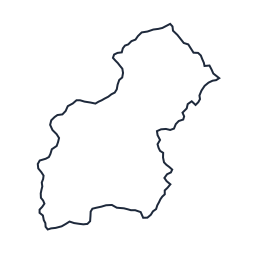 Tocantins, Minas Gerais, Brazil (orthographic projection), rotated 274°
{"feature_id": "56859067B54731939628864", "entity_name": "Tocantins", "entity_type": "district", "adm_level": 2, "iso_a3": "BRA", "parent_name": "Brazil", "parent_adm1": "Minas Gerais", "projection": "orthographic", "projection_center": [-43.027, -21.182], "detail": "fine", "context": "isolated", "style": "outline", "palette": "slate", "viewbox_px": 256, "rotation_deg": 274, "n_neighbors": 0, "source": "geoboundaries", "source_scale": "gbopen_adm2", "svg_char_len": 2042}
<svg xmlns="http://www.w3.org/2000/svg" viewBox="0 0 256 256"><g transform="rotate(274 128 128)"><path d="M21.2,55.0L22.5,58.3L23.3,62.8L25.3,68.7L28.0,72.7L30.6,76.2L29.4,80.9L29.0,86.2L28.8,90.2L29.5,94.2L32.4,96.7L37.5,96.7L42.0,96.6L45.0,98.1L46.2,101.8L47.7,107.0L49.4,111.5L50.1,117.3L47.7,122.4L47.6,129.5L46.9,133.4L46.2,136.7L46.5,140.9L45.0,146.5L39.5,149.4L39.9,153.6L43.0,156.8L46.6,158.7L49.1,161.7L52.9,162.6L56.1,164.1L59.2,165.3L62.0,167.0L64.4,169.3L68.3,169.0L71.0,171.5L74.8,174.2L77.7,170.2L80.7,167.8L84.6,170.2L86.7,173.9L89.6,175.0L92.0,171.9L94.0,168.8L96.3,166.3L101.0,165.0L105.7,164.8L107.4,161.6L110.3,159.9L113.9,158.6L118.3,160.8L122.9,158.0L126.9,157.1L129.0,161.1L129.7,165.9L129.0,170.2L130.6,173.9L135.2,175.4L138.5,178.1L140.3,182.5L143.5,183.2L147.1,181.3L151.6,185.2L156.0,185.9L159.1,189.7L155.7,193.8L158.6,196.3L161.8,197.8L165.4,197.0L170.5,198.7L175.4,201.5L178.9,205.2L181.1,209.1L181.9,212.6L184.1,215.5L186.2,212.4L188.3,209.3L192.1,207.3L196.0,204.9L195.2,200.0L198.4,199.1L201.8,197.3L205.4,195.6L207.8,192.7L207.7,188.1L211.5,185.3L215.6,182.3L216.7,177.7L220.0,174.7L224.3,170.8L228.2,166.1L232.4,165.3L234.8,162.8L232.6,159.2L230.2,155.3L229.0,151.4L228.0,146.4L225.6,140.7L224.3,135.0L220.4,131.5L216.7,129.3L214.9,125.4L211.4,122.4L210.0,119.2L207.1,117.3L203.0,116.5L202.2,112.3L200.3,109.0L196.9,108.1L194.3,110.8L192.1,113.3L189.4,115.7L186.8,118.2L182.6,119.2L178.0,118.7L175.3,115.9L170.5,114.6L165.8,114.1L162.4,112.3L160.5,109.1L157.8,106.1L155.7,102.6L153.8,99.8L152.2,96.8L150.1,93.8L150.8,88.7L151.3,82.8L152.3,78.4L152.1,74.7L148.6,71.2L145.6,66.4L140.6,64.6L137.0,61.6L136.0,56.7L133.8,54.0L130.3,50.9L125.7,50.1L120.7,52.8L116.9,57.2L113.2,59.9L109.1,59.2L105.1,58.1L101.5,53.5L96.7,52.4L93.5,51.1L91.6,48.1L89.4,42.2L85.8,40.5L81.4,41.3L77.8,44.7L74.6,47.1L71.2,46.9L67.6,45.8L63.7,46.6L60.4,46.0L56.7,45.5L52.3,46.0L49.7,48.4L46.7,49.9L43.3,47.9L40.4,45.5L37.2,45.7L34.8,49.2L30.3,50.4L27.3,52.2L23.7,52.7L21.2,55.0Z" fill="none" stroke="#1e293b" stroke-width="2"/></g></svg>